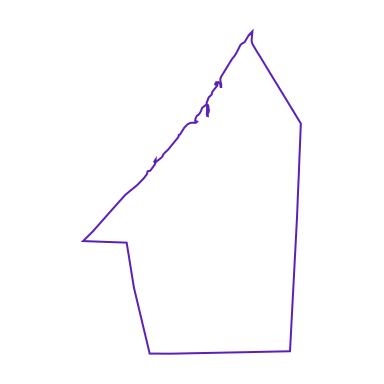 outline of Jubbada Hoose, rotated 183°
{"feature_id": "SOM-2645", "entity_name": "Jubbada Hoose", "entity_type": "Region", "adm_level": 1, "iso_a3": "SOM", "parent_name": "Somalia", "parent_adm1": "", "projection": "robinson", "projection_center": [41.866, -0.188], "detail": "fine", "context": "isolated", "style": "outline", "palette": "violet", "viewbox_px": 384, "rotation_deg": 183, "n_neighbors": 0, "source": "natural_earth", "source_scale": "10m", "svg_char_len": 1884}
<svg xmlns="http://www.w3.org/2000/svg" viewBox="0 0 384 384"><g transform="rotate(183 192 192)"><path d="M140.2,353.5L140.4,346.7L140.1,344.6L138.9,342.2L135.3,336.8L130.4,329.8L125.6,322.7L120.7,315.5L116.0,308.6L111.6,302.2L106.3,294.5L101.4,287.3L96.7,280.4L94.2,276.8L91.8,273.2L89.3,269.6L86.9,266.1L86.8,257.8L86.7,250.2L86.6,242.5L86.5,230.7L86.3,219.0L86.2,207.2L86.1,195.4L86.0,188.1L85.9,180.8L85.8,171.9L85.8,158.3L85.8,144.8L85.8,131.2L85.8,117.6L85.8,104.1L85.8,90.5L85.8,76.9L85.8,63.4L85.8,49.8L85.8,38.1L129.1,34.9L203.8,29.5L225.8,28.4L245.0,93.5L254.6,138.0L297.7,137.3L298.2,137.3L289.1,147.3L270.1,171.2L258.5,185.6L252.9,190.8L246.7,196.4L240.3,203.9L237.9,207.6L237.7,208.7L237.7,209.7L237.4,210.4L235.1,210.9L234.4,211.7L230.6,217.4L230.1,219.2L231.3,220.3L230.3,222.1L230.0,222.6L230.0,221.9L229.9,221.3L229.7,220.8L229.3,220.3L224.2,224.9L223.4,225.9L222.8,227.7L221.3,229.7L218.2,232.9L208.6,246.0L208.3,246.9L208.3,247.7L208.2,248.3L207.3,248.6L206.9,248.9L203.1,255.8L200.6,258.7L199.2,259.9L197.6,260.7L195.8,261.2L193.0,261.2L191.5,261.5L190.6,262.6L192.5,263.1L192.4,265.2L191.5,267.5L190.9,268.6L189.6,269.4L188.2,271.4L187.1,273.7L186.6,275.7L186.2,276.6L183.0,279.4L182.0,280.1L181.6,279.3L181.2,274.7L181.3,270.5L180.7,268.6L180.1,268.6L180.4,270.3L180.1,271.5L179.6,272.6L179.4,273.9L179.5,275.2L180.0,276.8L180.1,278.0L180.4,279.3L181.0,280.0L181.7,280.4L182.1,281.3L181.9,282.6L181.0,284.9L180.7,286.1L180.2,287.5L177.9,289.8L177.4,290.6L177.3,292.0L176.8,293.2L176.2,294.3L172.6,299.2L172.1,300.3L172.5,301.3L173.2,301.2L174.1,300.6L174.8,300.0L173.7,302.8L171.5,303.1L169.5,301.4L168.9,298.4L168.3,298.4L168.4,300.6L169.5,304.5L169.6,306.5L169.0,308.5L159.0,326.9L156.7,330.0L154.9,333.2L151.3,341.4L149.5,343.0L147.3,344.4L143.9,350.9L142.0,352.7L142.6,352.7L140.1,355.6L140.2,353.5Z" fill="none" stroke="#5b21b6" stroke-width="2"/></g></svg>